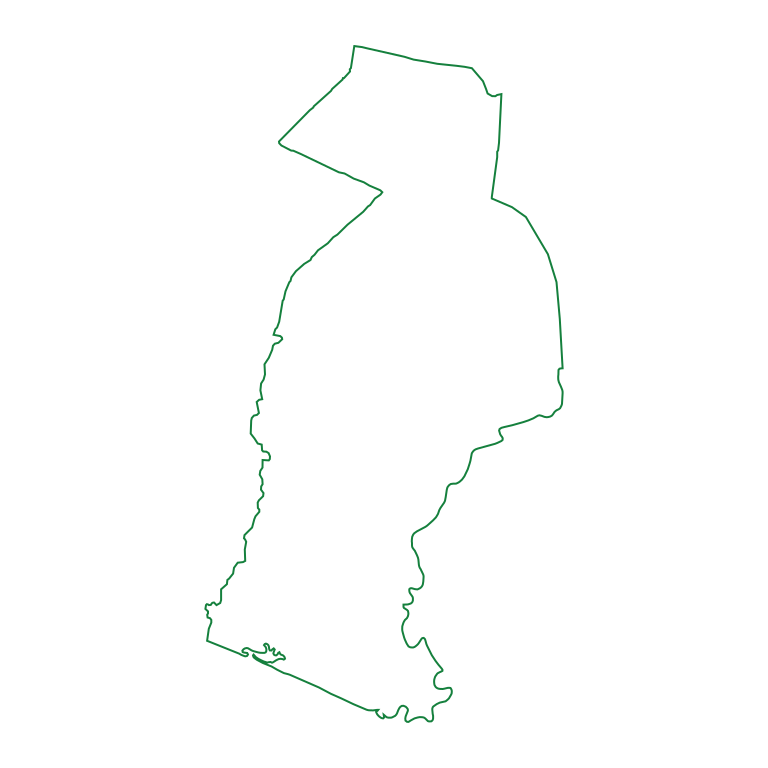 Moyuta, Jutiapa, Guatemala
{"feature_id": "79465075B23671365948765", "entity_name": "Moyuta", "entity_type": "district", "adm_level": 2, "iso_a3": "GTM", "parent_name": "Guatemala", "parent_adm1": "Jutiapa", "projection": "mercator", "projection_center": [-90.132, 13.908], "detail": "fine", "context": "isolated", "style": "outline", "palette": "green", "viewbox_px": 768, "rotation_deg": 0, "n_neighbors": 0, "source": "geoboundaries", "source_scale": "gbopen_adm2", "svg_char_len": 6101}
<svg xmlns="http://www.w3.org/2000/svg" viewBox="0 0 768 768"><path d="M501.4,94.1L497.1,95.0L495.4,96.2L492.1,96.1L487.6,93.5L486.1,89.1L483.0,81.2L471.9,68.2L464.5,66.8L456.5,65.8L437.3,63.8L425.4,61.5L413.6,59.6L404.5,56.8L367.0,48.3L362.1,47.1L354.3,46.1L350.9,68.1L349.8,69.3L350.0,71.5L344.0,78.1L342.9,78.1L342.6,79.5L332.2,88.9L331.0,90.9L313.7,106.4L313.3,107.5L309.8,110.2L279.0,141.5L279.2,143.2L281.4,145.5L291.2,150.6L293.3,150.7L300.6,153.9L338.9,172.3L344.6,173.5L353.7,178.6L363.9,182.3L369.4,185.6L380.3,190.3L382.3,192.2L380.5,194.6L374.9,198.5L370.1,205.1L368.0,206.4L363.2,211.8L347.5,224.7L337.4,234.6L333.3,237.2L327.8,243.3L318.0,250.3L314.5,254.8L311.8,257.1L310.5,260.0L304.2,263.9L295.9,271.2L291.4,277.3L290.5,281.0L289.3,282.2L285.5,291.3L283.7,299.5L282.7,300.7L279.2,321.7L277.1,327.5L275.3,329.3L273.6,334.8L280.3,336.1L281.9,337.6L282.2,339.2L278.4,342.8L274.8,343.7L273.0,345.7L272.2,349.8L268.8,357.8L264.5,364.3L265.0,374.4L263.6,379.6L261.1,383.5L260.4,390.4L262.2,399.2L259.1,399.8L256.7,402.0L258.9,413.0L257.0,414.9L253.9,415.6L251.8,418.0L251.2,420.6L250.7,433.6L254.5,438.5L257.7,443.5L261.7,444.6L262.1,450.3L263.2,451.5L266.4,451.7L268.6,453.1L270.0,456.4L269.8,459.1L268.8,460.4L262.6,460.0L262.5,467.6L260.3,470.9L259.7,474.7L262.3,479.3L262.6,484.2L261.2,486.4L261.0,489.7L263.5,493.1L263.1,496.2L258.9,500.3L257.7,502.6L257.9,508.0L259.3,509.6L259.3,511.8L255.5,516.3L254.3,519.2L252.1,527.5L244.5,535.1L244.0,538.3L245.1,539.5L246.2,541.8L244.8,549.5L245.2,560.9L243.0,562.1L237.7,562.7L234.0,567.8L233.1,573.6L229.1,578.6L227.4,579.9L226.9,584.2L221.1,589.3L221.1,600.1L220.2,603.0L216.5,605.1L214.0,602.5L212.8,602.7L211.9,603.2L210.8,604.9L208.9,605.1L207.9,604.4L206.8,604.2L206.0,605.1L205.4,608.9L208.0,611.4L208.0,613.4L207.2,614.8L207.6,617.5L210.0,618.2L211.3,619.9L211.3,622.6L208.8,628.8L207.1,640.8L239.3,653.7L240.6,654.5L241.8,655.1L244.7,656.2L245.7,656.3L247.1,655.9L248.0,654.5L247.2,653.0L244.3,652.6L242.7,652.1L242.4,650.6L243.6,649.2L244.9,648.4L246.8,648.0L248.1,648.3L251.6,650.4L253.3,651.1L258.1,652.4L260.3,652.8L264.3,652.9L265.6,652.4L266.2,651.5L266.4,649.6L266.2,648.4L265.7,647.1L264.0,645.1L264.7,644.1L265.9,643.6L267.5,644.3L268.4,645.3L268.9,646.6L269.2,649.0L269.8,650.4L271.4,650.5L272.3,649.4L273.7,648.4L274.7,649.5L273.7,652.1L273.4,653.5L274.0,654.7L275.1,655.3L276.4,655.3L277.7,654.1L278.3,652.8L279.4,652.2L280.1,653.8L280.9,654.6L282.9,655.3L283.8,656.1L284.6,657.2L285.0,658.7L283.8,659.6L282.6,659.1L280.8,658.8L279.6,658.9L278.6,659.1L277.5,659.6L276.1,660.3L273.2,662.2L272.0,662.7L270.6,662.0L268.7,662.2L267.0,662.6L265.9,662.1L263.8,661.5L261.0,660.2L258.3,658.8L255.8,657.1L253.6,654.6L253.0,655.4L253.4,656.8L254.2,657.8L256.9,659.8L262.9,663.0L271.6,666.5L277.1,669.7L283.9,673.1L287.8,674.1L289.7,674.7L319.0,687.5L330.9,693.8L341.5,698.5L353.5,704.2L366.5,709.7L368.3,710.2L369.7,710.3L373.1,710.4L376.9,709.9L378.2,709.9L377.4,710.9L376.1,711.1L376.2,712.3L377.2,714.3L378.1,715.4L379.2,716.5L380.7,717.6L381.7,718.1L383.1,718.4L384.1,717.5L383.7,714.7L386.0,716.7L387.1,717.4L388.7,717.7L391.0,717.7L392.3,717.3L395.2,715.8L396.3,714.6L397.0,713.4L398.2,710.3L398.9,708.9L399.6,707.7L400.5,706.7L401.8,705.9L403.5,705.8L405.7,706.7L406.9,707.9L407.8,709.2L407.9,710.7L405.8,716.0L405.5,717.1L405.3,718.6L405.5,720.6L407.0,721.8L408.5,721.9L411.0,720.3L414.5,718.4L417.6,717.5L419.7,717.1L422.2,717.2L423.8,717.5L425.1,718.3L427.9,721.1L428.9,721.4L430.0,721.4L431.4,721.3L432.2,720.6L432.8,719.7L433.1,718.4L433.1,715.8L432.7,713.9L432.3,709.8L432.3,708.7L432.7,707.3L433.3,706.5L436.7,704.1L439.8,702.6L445.6,701.3L447.7,699.6L449.0,698.3L450.9,695.0L451.6,693.6L451.8,691.8L451.7,690.3L451.1,688.9L450.5,688.0L449.1,687.8L447.6,687.9L444.3,688.7L442.7,689.0L440.0,688.9L438.7,688.7L437.5,688.3L436.5,687.7L435.7,687.0L434.6,685.2L434.3,684.0L434.1,681.8L434.2,679.9L434.6,678.3L435.2,676.6L436.9,674.1L437.6,673.3L439.7,672.2L441.3,671.5L442.4,670.9L442.5,669.9L441.8,668.7L438.5,664.8L435.6,661.0L431.8,655.2L427.1,645.8L426.4,644.1L425.5,640.8L425.0,639.2L423.7,637.9L422.3,638.1L421.4,639.0L418.9,642.9L418.0,644.1L417.1,645.0L415.8,646.1L414.5,647.0L413.0,647.5L411.0,647.4L410.0,647.2L408.5,646.4L406.7,643.6L404.8,639.4L404.1,637.4L402.8,632.7L402.3,630.6L402.2,629.1L402.3,626.3L403.3,623.1L403.9,621.7L405.0,619.9L406.9,618.2L407.9,616.3L408.3,614.6L408.4,613.2L408.0,611.0L407.1,610.0L403.9,607.9L403.5,607.0L403.5,604.6L406.6,604.5L408.0,604.4L410.8,603.5L412.0,602.5L412.5,601.7L412.9,600.4L412.9,598.0L412.5,596.7L410.0,593.2L409.5,592.0L409.3,590.7L409.3,589.2L410.3,588.3L411.7,588.2L414.8,589.1L416.3,589.3L417.5,589.4L419.8,588.3L420.9,587.5L421.8,586.5L422.4,585.5L422.8,584.5L423.3,581.5L423.6,576.7L423.5,575.6L423.2,574.5L420.5,568.9L419.7,567.7L419.2,566.3L418.9,564.9L418.4,559.7L418.0,557.8L417.0,555.3L414.8,550.7L413.8,549.5L412.6,547.8L412.2,546.9L412.0,545.5L412.0,543.1L411.8,541.4L411.9,539.3L412.2,536.8L413.2,534.6L414.2,533.3L417.0,531.3L425.5,526.8L427.2,525.6L432.9,520.5L435.9,517.4L436.9,515.8L438.0,513.9L439.3,510.1L440.5,507.9L444.1,502.7L445.0,500.8L445.7,497.1L446.8,489.7L447.4,487.4L448.4,486.0L449.3,485.0L450.8,484.0L453.0,483.7L454.6,483.7L456.1,483.6L457.3,483.1L458.8,482.3L459.9,481.5L462.0,479.6L464.4,476.3L467.8,469.2L469.6,463.6L470.4,460.8L471.8,453.3L472.9,451.6L474.0,450.4L475.5,449.4L478.0,448.5L495.1,443.8L497.4,442.9L501.4,441.0L502.6,439.9L502.7,438.2L501.9,436.7L501.2,435.9L500.2,434.3L499.1,430.6L499.6,429.0L501.5,427.8L504.5,427.0L512.3,425.2L523.3,422.1L528.4,420.4L533.4,418.3L537.8,415.7L539.4,415.3L541.6,415.8L544.5,416.9L546.6,417.2L548.0,417.1L550.1,416.6L551.8,415.7L553.0,414.3L554.5,412.0L555.6,411.0L556.5,410.3L558.8,409.2L560.1,408.2L561.5,405.5L562.0,403.9L562.6,393.3L562.6,391.8L562.3,390.1L561.0,386.8L558.9,382.2L558.3,379.8L558.2,377.9L558.2,376.3L558.4,374.5L558.5,370.0L559.5,368.7L561.1,368.4L562.6,368.3L559.8,319.0L556.5,282.1L547.9,254.2L525.9,217.0L511.9,207.1L491.8,198.5L491.8,197.1L497.2,157.1L497.2,151.7L498.1,150.4L499.0,142.9L501.4,94.1Z" fill="none" stroke="#15803d" stroke-width="2"/></svg>